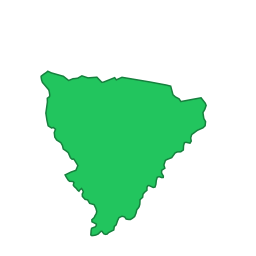 Bañado de Medina, Cerro Largo, Uruguay, rotated 64°
{"feature_id": "84410073B9174181273623", "entity_name": "Bañado de Medina", "entity_type": "district", "adm_level": 2, "iso_a3": "URY", "parent_name": "Uruguay", "parent_adm1": "Cerro Largo", "projection": "robinson", "projection_center": [-54.279, -32.336], "detail": "fine", "context": "isolated", "style": "filled", "palette": "green", "viewbox_px": 256, "rotation_deg": 64, "n_neighbors": 0, "source": "geoboundaries", "source_scale": "gbopen_adm2", "svg_char_len": 2167}
<svg xmlns="http://www.w3.org/2000/svg" viewBox="0 0 256 256"><g transform="rotate(64 128 128)"><path d="M131.6,191.9L132.0,190.4L134.3,190.0L139.8,189.5L143.2,193.4L142.6,198.5L142.6,205.1L145.0,205.0L148.6,204.6L150.3,203.9L151.1,202.4L152.1,200.9L153.3,200.5L155.3,202.2L157.0,202.0L159.7,200.9L161.8,200.5L163.3,199.8L162.6,198.5L162.0,196.3L164.0,196.0L165.9,196.2L167.3,198.1L169.5,199.0L173.3,197.9L174.9,195.8L178.9,195.5L182.0,192.1L186.2,192.1L189.3,192.7L191.1,194.1L192.3,196.0L193.7,197.7L194.6,200.7L196.5,201.5L198.3,200.1L200.5,198.6L201.8,199.3L202.5,200.7L202.3,202.6L202.2,204.7L204.0,206.1L206.1,207.3L207.8,208.3L208.9,207.7L209.6,205.7L210.1,203.9L210.2,201.2L209.6,199.5L209.0,197.6L209.4,196.7L212.5,196.1L213.7,194.9L214.2,193.3L213.5,191.3L213.4,185.5L210.4,183.4L210.1,181.6L209.5,180.8L206.5,177.8L204.6,175.4L204.7,172.1L206.4,170.0L209.0,169.6L210.2,168.0L211.3,166.0L211.1,163.7L210.5,160.9L208.1,158.2L205.3,155.9L204.5,154.0L203.7,152.6L201.7,150.8L197.7,148.6L196.7,145.2L194.1,143.6L193.0,141.2L192.3,138.3L189.5,136.9L188.6,135.4L188.8,134.4L192.5,131.4L192.9,129.6L190.8,127.6L187.6,125.6L185.1,123.3L185.4,121.3L187.4,119.4L187.9,118.0L186.7,117.3L183.3,117.6L180.8,116.3L180.3,112.5L177.0,112.0L173.5,108.6L173.4,106.6L173.8,101.7L171.1,96.7L171.1,94.2L172.5,91.0L172.0,87.9L168.2,85.8L165.9,83.7L166.3,82.1L168.8,78.9L167.5,76.9L164.4,76.0L161.8,73.6L160.5,66.7L160.7,60.5L159.8,57.7L156.3,55.5L152.7,55.7L147.0,53.9L144.9,50.8L142.0,47.9L139.6,47.7L132.9,49.1L131.0,55.8L127.4,68.9L124.2,69.3L120.8,71.8L117.8,73.0L109.1,71.3L106.3,74.6L96.2,88.2L79.8,111.2L79.7,114.4L79.6,117.4L76.9,117.9L76.6,122.3L76.0,130.1L75.5,131.5L68.7,133.7L65.4,142.0L60.9,146.6L61.2,151.3L60.1,154.6L59.6,155.7L59.3,160.5L53.2,163.4L44.8,172.8L41.8,175.2L42.3,177.1L42.7,180.2L43.4,183.4L44.5,183.9L46.9,184.6L49.6,184.9L53.4,183.9L59.0,182.5L60.7,182.8L64.2,183.9L65.4,184.8L65.9,187.5L69.4,189.1L78.6,195.3L85.6,197.5L91.0,198.8L94.5,196.7L94.8,194.9L97.3,193.7L99.8,196.3L104.1,197.8L107.5,197.4L111.7,194.8L115.0,194.6L118.5,195.4L121.4,193.7L123.9,192.5L129.6,192.8L131.6,191.9Z" fill="#22c55e" stroke="#15803d" stroke-width="1.5"/></g></svg>